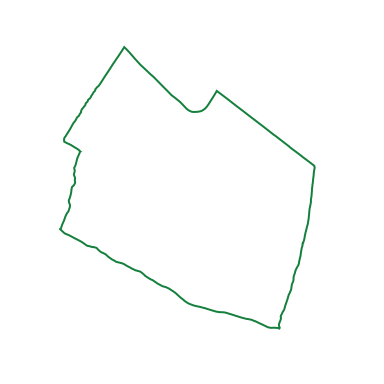 outline of Chatuchak, Bangkok Metropolis, Thailand, rotated 116°
{"feature_id": "78962969B62274513828859", "entity_name": "Chatuchak", "entity_type": "district", "adm_level": 2, "iso_a3": "THA", "parent_name": "Thailand", "parent_adm1": "Bangkok Metropolis", "projection": "robinson", "projection_center": [100.572, 13.827], "detail": "fine", "context": "isolated", "style": "outline", "palette": "green", "viewbox_px": 384, "rotation_deg": 116, "n_neighbors": 0, "source": "geoboundaries", "source_scale": "gbopen_adm2", "svg_char_len": 5721}
<svg xmlns="http://www.w3.org/2000/svg" viewBox="0 0 384 384"><g transform="rotate(116 192 192)"><path d="M276.5,53.7L275.7,53.6L275.4,53.8L275.3,54.1L273.4,55.6L273.2,55.7L273.0,55.8L272.5,55.9L271.6,56.0L271.0,56.1L268.5,56.3L267.6,56.4L266.6,56.7L266.3,56.7L266.1,56.8L265.9,57.0L265.5,57.4L265.4,57.5L264.8,57.7L264.4,57.8L264.1,57.9L262.5,57.8L260.0,57.9L259.6,57.9L259.2,57.8L258.1,57.6L257.6,57.6L256.6,57.7L252.9,58.4L249.6,58.8L247.1,59.1L245.3,59.4L241.9,60.0L240.7,59.9L236.6,60.1L236.0,60.2L231.7,61.6L229.4,61.9L228.2,61.8L226.1,62.4L224.0,63.4L223.1,63.6L219.8,64.0L219.0,64.2L218.6,64.3L217.1,64.5L216.6,64.6L214.6,64.6L211.5,64.4L211.0,64.4L210.4,64.4L209.5,64.6L207.1,65.3L206.9,65.4L205.1,65.7L204.8,65.8L204.5,66.0L204.3,66.0L202.8,66.3L201.9,66.4L201.5,66.5L201.1,66.8L200.4,67.0L195.8,68.4L193.9,68.9L192.3,69.1L191.1,69.4L190.6,69.7L190.5,69.8L190.3,69.8L190.0,69.8L189.8,69.8L189.7,69.8L189.5,69.7L189.3,70.1L187.8,70.0L187.5,70.0L187.1,70.0L186.3,70.2L184.4,70.6L183.1,71.0L182.5,71.2L181.9,71.4L181.3,71.5L179.7,71.9L179.3,72.0L178.6,72.2L176.4,72.6L175.9,72.7L173.4,73.3L170.5,73.8L168.6,74.3L167.5,74.7L165.3,75.3L163.4,76.0L162.9,76.2L155.4,79.0L153.6,79.4L148.9,80.7L146.7,81.8L146.2,82.0L145.8,82.1L144.9,82.3L143.3,82.8L138.7,84.6L135.3,86.0L134.0,86.3L132.8,86.9L131.6,87.2L129.9,87.8L127.2,88.8L124.2,89.8L121.2,91.0L119.7,91.5L117.3,92.1L115.9,92.7L114.8,93.7L112.4,105.8L112.1,107.6L111.7,109.1L110.5,115.1L109.2,122.1L108.7,124.2L108.5,124.6L105.1,141.1L104.7,143.6L102.1,155.8L98.1,175.6L97.2,179.8L95.2,189.9L92.7,201.7L90.9,210.9L90.3,214.0L95.1,214.4L98.8,214.8L105.8,215.6L107.8,215.9L108.5,216.0L110.7,216.6L111.9,217.1L114.0,218.3L114.6,218.7L115.6,219.6L116.5,220.8L117.4,222.0L118.3,223.6L119.4,225.7L119.8,226.8L120.0,227.6L120.1,228.6L120.1,229.3L120.1,230.0L120.0,231.0L119.9,231.8L119.5,233.5L118.6,235.9L117.2,239.6L116.5,241.6L116.0,243.4L114.9,248.2L114.0,252.6L113.9,253.0L113.0,255.5L111.7,259.1L110.5,262.6L110.1,263.8L105.9,275.6L105.2,277.7L104.3,281.2L102.9,285.6L102.2,287.8L100.4,293.8L98.8,297.9L96.9,302.6L95.5,305.8L94.3,308.7L93.9,309.6L92.9,312.3L92.4,313.6L91.8,315.5L91.5,316.4L94.9,316.8L96.0,316.9L101.4,317.6L105.2,318.2L109.1,318.7L111.6,319.1L117.7,319.8L123.1,320.5L125.0,320.8L135.9,322.1L137.5,322.4L137.9,322.6L139.1,323.1L139.7,323.3L140.4,323.5L141.0,323.6L141.4,323.7L141.9,323.9L142.1,323.9L142.7,323.7L143.1,323.6L143.3,323.5L143.7,323.6L143.8,323.6L144.9,324.0L145.7,324.2L147.9,324.3L149.4,324.6L150.5,324.6L151.3,324.6L151.9,324.6L152.7,324.8L154.2,325.6L154.5,325.7L154.8,325.7L155.0,325.7L155.5,325.6L156.6,325.6L156.8,325.6L158.6,326.3L158.8,326.3L159.0,326.4L160.0,326.1L160.7,326.0L161.2,326.1L162.7,326.5L165.6,327.1L166.2,327.2L167.1,327.2L167.5,327.2L169.2,326.7L169.5,326.7L171.4,327.1L171.7,327.1L172.5,327.0L172.8,327.0L173.2,327.1L175.0,327.9L175.4,328.0L175.7,328.0L179.1,328.1L179.3,328.1L180.2,328.4L181.6,328.7L182.6,328.8L183.3,328.9L185.8,329.0L187.9,329.1L191.4,329.4L194.7,329.8L197.1,330.0L198.9,330.4L199.4,330.4L200.8,330.1L202.4,329.1L202.8,328.9L202.9,325.4L202.8,323.0L202.8,321.6L203.1,318.9L203.6,313.5L203.7,312.7L204.3,310.8L204.5,310.7L204.6,310.2L204.7,310.3L206.6,310.1L209.5,310.0L212.6,309.8L213.8,309.5L214.8,309.3L217.5,308.7L219.7,308.4L220.0,308.4L221.5,308.5L221.8,308.5L222.5,308.1L223.7,307.1L224.3,306.7L224.7,306.6L225.0,306.5L226.1,306.2L227.9,305.9L228.2,305.7L228.3,305.7L229.9,304.0L230.4,303.5L230.6,303.3L231.1,303.0L231.6,302.8L232.6,302.6L234.6,301.3L234.9,301.1L235.2,301.1L235.7,301.0L236.8,301.1L237.3,301.1L238.1,301.3L239.2,301.7L240.0,302.0L241.6,301.7L242.0,301.6L245.4,300.4L248.3,299.7L251.4,299.2L253.1,299.1L254.3,298.7L255.3,297.9L256.2,296.9L257.2,296.0L257.6,295.7L257.9,295.6L258.7,295.3L259.1,295.2L262.6,294.7L263.5,294.6L264.2,294.7L265.8,295.0L266.9,295.1L268.1,295.1L270.1,295.0L273.0,294.6L274.4,294.5L277.9,294.4L279.0,294.3L282.1,293.8L282.4,293.8L282.8,293.9L283.2,294.3L283.3,294.2L283.4,293.8L284.9,288.7L285.0,288.1L285.0,287.3L284.8,284.4L284.8,282.7L285.0,277.3L285.1,271.7L285.2,270.0L285.5,267.2L286.0,264.6L286.2,263.0L286.2,262.3L286.2,262.1L286.0,261.6L285.4,259.2L285.5,259.1L285.5,258.9L285.0,256.8L284.9,256.7L284.7,256.5L284.6,256.4L284.2,254.0L284.1,253.4L284.2,253.1L284.3,252.6L285.0,251.0L285.6,248.9L285.8,248.1L285.8,247.8L285.9,246.9L285.9,246.4L285.8,244.8L285.9,242.5L285.9,242.1L286.0,241.8L286.1,241.4L286.8,239.4L286.9,239.0L287.5,235.5L287.6,234.9L287.7,234.0L287.7,233.3L287.7,232.1L288.0,229.5L287.5,227.2L286.9,224.6L286.7,223.0L286.6,221.1L286.9,219.2L286.9,218.9L287.0,215.2L287.0,214.8L287.0,214.2L287.2,213.0L287.2,212.7L287.2,211.1L287.1,210.1L287.2,208.5L287.0,207.9L286.3,203.9L286.3,203.7L286.3,203.2L286.7,201.2L287.3,198.9L287.7,197.8L287.9,197.4L288.6,191.5L288.6,190.9L288.6,190.4L288.5,189.1L288.7,187.3L288.9,185.8L289.1,184.7L289.3,183.6L289.4,182.5L289.5,180.1L289.6,177.1L289.5,176.8L289.5,176.3L289.4,176.0L289.2,175.1L289.1,174.7L289.0,174.0L288.9,172.2L288.9,170.8L289.0,169.4L289.2,168.2L289.5,165.5L289.8,163.6L289.9,162.9L290.2,161.8L290.4,161.0L290.8,159.9L292.1,155.3L292.5,153.1L293.1,151.1L293.2,150.5L293.3,149.8L293.5,148.2L293.7,146.5L293.7,145.9L293.6,144.4L293.4,142.5L293.3,141.3L293.1,140.0L292.6,137.7L292.0,135.5L291.5,133.2L291.2,131.6L291.0,130.4L290.6,128.9L290.5,127.5L289.8,123.2L289.1,118.9L289.0,118.4L288.6,116.7L287.7,114.0L286.7,111.9L286.0,110.0L285.8,109.5L285.6,108.1L285.4,107.0L284.6,102.1L284.1,98.5L283.2,92.5L282.1,87.2L281.5,85.4L281.1,83.9L280.7,82.2L280.6,79.0L280.5,78.8L280.4,78.7L280.4,74.6L280.3,70.8L280.3,66.2L280.3,64.6L280.2,64.1L279.8,62.5L279.3,61.1L278.2,59.1L277.0,56.3L276.5,55.0L276.5,54.0L276.5,53.7Z" fill="none" stroke="#15803d" stroke-width="2"/></g></svg>